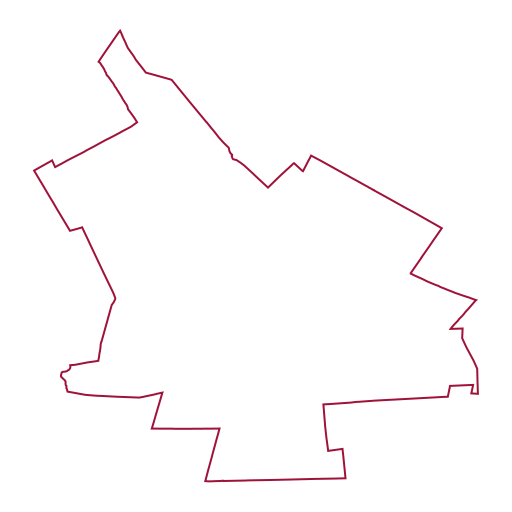 Movila Banului, Buzau, Romania
{"feature_id": "2599482B74879636835293", "entity_name": "Movila Banului", "entity_type": "district", "adm_level": 2, "iso_a3": "ROU", "parent_name": "Romania", "parent_adm1": "Buzau", "projection": "mercator", "projection_center": [26.693, 44.979], "detail": "fine", "context": "isolated", "style": "outline", "palette": "rose", "viewbox_px": 512, "rotation_deg": 0, "n_neighbors": 0, "source": "geoboundaries", "source_scale": "gbopen_adm2", "svg_char_len": 5038}
<svg xmlns="http://www.w3.org/2000/svg" viewBox="0 0 512 512"><path d="M345.5,478.3L344.6,469.1L343.4,457.1L342.5,448.9L328.2,450.9L326.7,439.9L326.6,439.4L325.2,426.8L325.2,426.7L323.4,404.4L329.0,404.1L331.9,403.9L335.0,403.7L336.2,403.6L350.8,402.6L356.3,401.9L358.8,401.8L372.5,400.8L375.0,400.6L377.0,400.5L409.0,398.8L445.4,396.8L447.8,396.8L449.6,388.1L450.0,385.9L473.1,384.9L472.2,389.4L471.3,393.4L477.9,393.8L477.5,381.2L477.2,368.7L473.5,360.5L472.1,357.9L466.5,347.5L462.2,338.3L462.2,338.0L462.6,328.5L460.3,328.6L450.6,328.9L452.1,326.9L454.5,324.2L457.8,320.8L459.3,318.8L462.7,315.4L464.3,313.5L464.8,312.7L469.0,308.1L475.6,300.5L476.1,300.1L474.9,299.7L472.9,299.0L470.0,297.9L469.3,297.6L466.7,296.8L463.3,295.7L462.1,295.3L454.9,292.8L452.1,291.6L450.0,290.8L446.9,289.6L443.8,288.3L441.3,287.4L439.8,286.7L438.5,285.9L437.4,285.5L436.6,285.3L431.9,283.4L427.2,281.4L422.2,278.9L418.6,277.3L414.8,275.6L411.0,273.7L410.7,273.6L410.7,273.2L415.4,266.4L421.6,257.5L421.5,257.4L425.6,251.6L429.7,245.7L434.0,239.4L441.8,228.2L420.3,216.0L415.4,213.2L404.7,207.4L397.2,203.2L392.9,200.8L387.5,197.8L374.6,190.7L373.3,190.0L373.4,189.9L372.5,189.5L371.8,189.1L371.3,188.7L370.8,188.5L370.6,188.4L368.9,187.5L368.0,186.9L367.4,186.6L365.9,185.8L362.7,184.0L350.9,177.5L348.9,176.4L348.5,176.1L341.4,172.2L320.0,160.3L318.8,159.7L311.1,155.6L310.4,157.0L309.2,159.3L308.2,161.1L304.7,167.9L303.0,171.2L302.4,170.9L294.1,163.2L293.4,163.5L291.9,165.0L288.9,167.8L286.3,170.1L281.1,174.9L279.1,176.8L268.0,187.6L258.4,178.7L252.9,173.5L244.2,165.5L240.8,162.9L236.6,160.1L233.1,159.2L232.7,158.7L232.3,157.9L232.0,156.6L231.7,156.2L231.8,155.7L232.1,155.3L232.2,155.1L232.1,154.8L231.9,154.5L231.6,154.2L231.3,154.0L230.8,153.7L230.6,153.2L230.1,152.6L229.7,151.6L229.4,151.1L229.0,148.8L228.8,148.0L228.6,147.6L226.6,145.7L225.0,144.1L224.1,143.2L223.3,142.4L221.4,140.3L219.7,138.4L218.4,136.9L216.9,134.9L213.3,130.4L210.6,127.2L209.9,126.3L208.3,124.3L207.3,123.0L206.8,122.4L206.3,122.0L191.4,104.0L179.6,89.6L173.6,82.2L172.2,80.6L171.6,79.8L168.9,79.0L153.9,74.8L145.8,72.6L144.1,70.3L135.7,59.6L134.4,57.3L133.3,55.6L132.9,55.0L130.4,51.6L127.8,47.9L125.8,43.5L125.5,42.7L122.7,36.7L122.4,36.1L122.5,36.0L122.4,35.6L122.2,35.2L121.9,34.7L121.2,33.0L120.8,32.3L120.6,31.7L120.1,30.7L118.9,32.1L113.0,40.6L112.2,41.8L109.0,46.4L105.0,52.2L102.2,56.3L100.4,59.0L98.6,61.8L99.9,62.7L100.0,62.9L100.1,63.0L100.4,63.3L100.8,64.0L101.5,65.2L102.6,66.6L103.3,67.9L104.0,68.8L104.8,70.8L106.1,73.2L106.5,74.5L106.7,75.1L108.1,76.5L109.6,78.4L111.1,80.6L111.6,81.3L112.1,82.0L112.8,82.8L113.7,84.2L114.1,84.8L114.5,85.9L115.5,87.3L116.3,88.3L116.9,89.5L118.5,91.9L121.9,97.4L122.6,98.9L123.6,100.5L124.5,101.7L125.1,102.8L126.0,104.0L127.0,105.5L127.3,106.3L127.8,108.0L128.0,109.2L128.3,109.6L131.5,113.9L134.7,118.4L137.1,122.3L131.3,126.5L128.8,127.9L124.0,130.4L122.3,131.3L120.8,132.2L116.7,134.4L112.7,136.5L109.4,138.2L105.7,140.0L103.9,141.0L101.3,142.4L94.1,146.4L92.6,147.2L91.2,147.9L90.3,148.4L87.4,149.9L82.9,152.5L73.4,157.3L67.4,160.4L61.1,163.9L59.0,165.0L57.9,165.6L55.1,167.1L53.7,163.9L52.3,160.8L52.1,160.4L49.9,161.7L49.0,162.2L41.8,166.2L34.1,170.6L39.1,179.0L39.9,180.4L41.6,183.1L42.3,184.3L47.9,193.8L53.5,203.1L56.9,209.0L60.4,214.8L61.3,216.3L62.3,218.0L64.0,220.8L64.3,221.3L70.0,230.8L71.1,230.5L75.2,229.4L80.4,227.9L81.4,227.6L82.1,227.3L88.5,240.8L90.1,244.3L104.0,273.7L113.3,292.9L115.3,298.2L115.1,299.4L113.6,302.4L112.4,304.1L111.8,304.8L111.4,306.2L101.4,342.0L101.2,342.1L101.1,342.5L100.8,343.8L100.6,345.0L100.6,346.1L100.5,347.1L100.3,348.7L100.1,350.2L99.8,351.7L99.5,353.2L99.3,354.7L99.0,357.2L98.7,358.6L98.4,360.0L98.4,360.6L98.4,360.8L98.2,360.9L97.7,360.9L96.7,361.1L95.4,361.3L89.0,362.2L87.7,362.4L83.4,363.2L80.4,363.8L75.6,364.7L73.9,364.9L70.2,365.2L70.4,366.4L70.3,367.3L70.2,367.9L69.9,368.6L69.4,369.3L68.9,369.8L68.4,370.1L67.9,370.3L67.3,370.9L66.5,371.3L65.7,371.5L64.9,371.6L64.3,371.7L63.5,371.8L63.0,371.8L62.6,371.9L62.0,372.2L61.8,372.4L61.7,372.6L61.6,372.9L61.5,373.2L61.4,373.9L61.1,374.9L61.0,375.3L61.0,375.9L61.1,376.2L61.1,376.7L61.2,376.8L61.4,377.0L61.6,377.2L61.8,377.3L62.1,377.7L62.8,378.4L63.6,379.2L64.0,379.5L64.6,380.1L65.3,381.0L65.6,381.8L65.6,382.5L65.5,383.2L65.6,384.4L65.7,384.6L65.9,385.4L66.5,386.0L66.4,387.2L66.3,388.0L66.8,388.9L67.0,389.5L67.3,390.7L67.5,391.6L84.0,394.6L86.1,394.9L88.4,395.1L96.2,395.7L99.9,395.9L101.1,395.9L116.1,396.7L137.2,397.5L139.1,397.6L142.5,397.0L144.3,396.6L153.8,394.6L156.9,393.8L162.4,392.6L156.9,411.3L153.1,424.3L151.8,428.6L172.5,428.7L175.1,428.8L181.3,428.8L187.5,428.8L218.1,428.6L219.5,428.5L219.3,429.4L218.7,431.6L218.2,433.5L217.3,436.7L216.9,438.0L215.2,444.4L212.7,453.5L211.8,457.1L211.0,459.9L210.4,462.1L209.2,466.5L208.4,469.3L205.3,481.1L207.7,481.3L211.7,481.3L216.3,481.1L220.8,481.0L222.5,480.7L222.5,480.9L223.0,481.0L242.4,480.6L246.7,480.5L247.3,480.4L270.4,480.0L291.8,479.5L315.4,478.9L321.2,478.8L333.2,478.6L345.5,478.3Z" fill="none" stroke="#9f1239" stroke-width="2"/></svg>